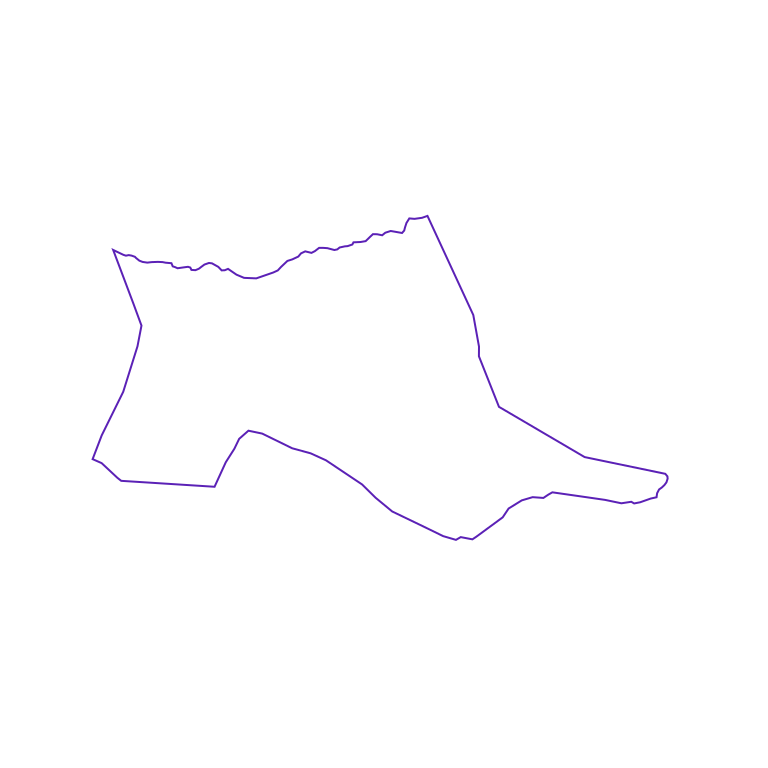 Bossembélé, Ombella-M'Poko, Central African Republic (Equal Earth projection), rotated 288°
{"feature_id": "33826404B7214769303301", "entity_name": "Bossembélé", "entity_type": "district", "adm_level": 2, "iso_a3": "CAF", "parent_name": "Central African Republic", "parent_adm1": "Ombella-M'Poko", "projection": "equal_earth", "projection_center": [17.729, 5.164], "detail": "fine", "context": "isolated", "style": "outline", "palette": "violet", "viewbox_px": 768, "rotation_deg": 288, "n_neighbors": 0, "source": "geoboundaries", "source_scale": "gbopen_adm2", "svg_char_len": 1711}
<svg xmlns="http://www.w3.org/2000/svg" viewBox="0 0 768 768"><g transform="rotate(288 384 384)"><path d="M385.5,679.3L376.5,597.4L397.8,500.4L439.7,465.7L448.9,462.8L477.2,447.6L557.3,373.4L553.8,368.8L550.5,362.0L549.3,356.9L544.1,355.6L539.3,355.6L536.2,355.8L533.2,354.5L532.2,347.3L531.6,343.1L528.3,338.5L524.9,336.3L524.3,331.2L523.1,327.2L519.7,325.3L514.2,322.4L511.8,317.8L509.3,311.2L506.9,310.8L503.9,306.8L502.8,304.2L500.1,299.6L497.6,298.0L496.1,295.4L495.7,288.2L494.7,284.2L493.4,280.2L489.0,277.2L486.3,274.5L485.8,268.1L482.6,264.7L478.7,263.1L474.2,258.3L471.2,254.1L463.5,249.9L459.2,247.9L455.8,244.2L445.0,229.9L441.7,218.1L442.4,209.9L445.3,200.1L443.0,197.4L441.9,194.5L444.2,190.2L445.6,183.1L445.0,180.1L442.1,176.3L439.3,174.3L436.4,172.3L434.0,169.5L433.0,165.6L434.9,163.8L434.9,161.4L432.9,157.2L430.3,151.9L430.6,149.1L430.6,146.7L433.2,144.5L431.9,138.9L431.5,135.7L430.3,131.3L428.1,125.3L426.3,121.4L425.5,116.7L425.7,113.2L427.2,109.3L428.0,107.8L428.1,104.2L427.7,101.4L426.3,98.9L426.3,96.3L427.8,85.0L382.9,120.9L364.6,135.3L343.7,137.9L296.0,138.4L247.9,131.4L222.5,130.1L221.5,139.9L212.4,159.4L210.7,164.0L233.9,254.6L260.7,257.7L276.2,261.7L287.1,263.2L297.7,269.5L299.2,283.5L294.5,316.5L295.4,335.7L293.5,352.4L281.7,394.2L273.2,411.2L265.3,431.2L260.2,468.8L257.6,487.2L258.0,500.6L262.1,504.3L262.9,510.7L263.6,516.1L267.3,519.0L293.9,538.1L304.1,541.0L315.9,551.0L322.3,560.3L324.9,570.8L329.6,574.5L333.0,577.6L337.7,604.6L342.1,630.1L343.9,646.6L348.4,655.6L347.7,658.8L350.7,664.2L357.5,673.1L360.5,678.2L364.5,677.5L368.7,678.2L371.4,680.2L374.5,681.9L377.7,683.0L381.6,683.0L383.7,682.1L385.5,679.3Z" fill="none" stroke="#5b21b6" stroke-width="2"/></g></svg>